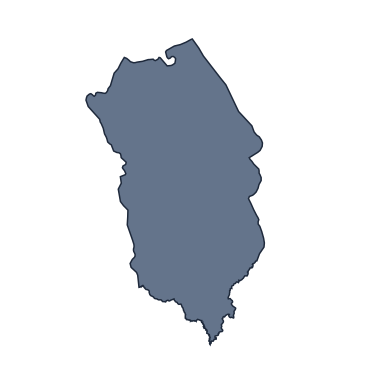 outline of Paoua, Ouham-Pendé, Central African Republic, rotated 160°
{"feature_id": "33826404B93316862366408", "entity_name": "Paoua", "entity_type": "district", "adm_level": 2, "iso_a3": "CAF", "parent_name": "Central African Republic", "parent_adm1": "Ouham-Pendé", "projection": "robinson", "projection_center": [16.583, 7.218], "detail": "fine", "context": "isolated", "style": "filled", "palette": "slate", "viewbox_px": 384, "rotation_deg": 160, "n_neighbors": 0, "source": "geoboundaries", "source_scale": "gbopen_adm2", "svg_char_len": 5802}
<svg xmlns="http://www.w3.org/2000/svg" viewBox="0 0 384 384"><g transform="rotate(160 192 192)"><path d="M126.5,204.7L116.6,206.8L113.8,207.8L110.5,210.8L109.0,214.0L109.0,217.1L109.9,220.8L111.8,223.4L113.1,227.2L113.1,233.7L120.7,251.7L123.5,281.1L126.4,289.6L134.8,315.9L136.4,324.9L139.4,335.7L140.6,335.7L146.4,334.8L152.6,334.5L158.7,335.2L167.6,333.7L168.9,332.6L169.4,327.7L169.1,326.3L168.4,325.2L166.6,325.3L164.9,326.2L163.3,325.8L162.3,324.5L161.8,322.9L163.0,320.5L164.1,318.8L166.8,318.1L168.3,318.0L172.2,319.0L175.9,328.9L176.4,329.4L177.0,329.7L178.7,328.4L181.5,328.0L182.3,328.6L183.1,330.1L186.3,330.9L187.9,331.4L193.7,331.7L199.1,332.8L201.2,333.0L202.8,333.5L205.3,335.5L206.2,337.4L207.7,339.9L209.6,341.6L214.7,337.5L219.3,333.1L224.5,330.3L232.3,319.8L235.5,317.8L236.6,316.1L238.5,314.7L239.9,314.4L241.7,315.3L243.2,316.3L246.8,318.0L248.6,317.7L249.6,316.0L251.1,315.4L251.6,315.9L252.3,317.4L253.4,319.0L254.9,319.1L257.7,318.1L258.9,316.7L260.2,314.6L260.3,307.8L253.9,292.0L254.3,289.1L253.9,287.4L253.6,282.3L254.3,276.5L253.8,273.0L253.8,271.0L254.1,267.8L252.9,265.4L251.7,264.0L251.6,257.3L249.2,254.9L247.2,253.8L246.2,252.5L246.3,250.7L246.8,248.5L243.7,242.5L244.7,240.8L245.3,240.5L247.9,240.1L249.1,238.6L248.9,237.5L248.1,235.0L247.9,232.0L248.7,231.1L254.1,230.9L255.4,224.5L260.3,219.9L262.5,207.5L261.0,202.6L258.4,196.9L260.9,190.6L264.1,183.2L264.3,167.5L264.5,162.7L265.0,160.8L265.8,159.3L266.4,158.6L266.9,157.3L267.1,155.8L266.9,155.1L266.8,152.9L267.5,151.1L268.6,150.2L271.1,149.1L274.6,146.0L275.0,142.0L271.6,135.4L271.5,132.3L274.4,120.6L274.0,120.6L273.6,120.3L272.8,120.7L272.2,120.4L272.0,120.5L272.0,120.3L270.9,120.9L270.7,120.9L270.6,120.6L270.1,120.9L270.0,120.5L269.7,120.1L269.8,119.6L269.4,118.1L269.1,117.9L269.2,117.7L269.0,117.1L268.5,116.1L267.2,115.5L266.8,114.8L266.4,114.5L266.1,113.3L266.6,112.3L266.7,110.2L266.6,109.7L266.1,108.6L265.5,108.1L264.9,107.4L264.5,107.1L263.9,106.0L263.9,105.6L263.6,104.8L262.3,103.9L261.6,103.7L261.0,102.8L260.3,102.1L258.1,101.3L257.6,100.6L257.2,99.2L256.9,99.0L255.4,98.4L254.4,97.7L253.8,98.3L253.5,98.3L253.1,98.6L252.2,98.5L251.9,98.5L251.6,98.5L251.4,98.3L251.0,97.6L250.2,97.3L248.9,97.6L245.5,97.7L245.6,96.3L245.2,95.5L245.1,94.6L243.7,93.3L243.6,92.2L243.1,91.3L242.7,90.9L240.8,90.5L240.6,90.2L240.6,87.2L240.4,86.9L240.2,86.1L240.3,84.9L240.2,84.7L240.5,83.4L240.2,82.6L240.4,81.9L240.0,81.1L240.0,80.5L240.1,79.6L239.9,79.2L240.1,78.7L240.3,78.7L240.9,77.4L241.0,76.7L241.3,76.5L241.5,76.7L241.2,75.9L241.4,75.8L241.3,75.6L241.2,75.2L241.0,74.8L240.6,74.5L240.7,74.0L240.3,74.0L239.5,73.2L239.3,73.3L238.8,73.0L238.6,72.7L238.2,72.7L237.8,72.0L237.6,72.0L237.6,71.7L237.4,71.6L237.5,71.3L237.1,71.5L237.0,71.2L236.5,70.9L236.3,70.6L235.9,70.8L235.5,70.6L235.0,70.7L234.0,70.1L233.6,70.2L233.4,69.9L233.4,69.7L232.6,69.4L232.4,69.4L232.3,69.2L232.1,69.7L231.8,69.6L231.6,69.9L230.2,70.4L229.9,70.2L229.8,69.9L228.9,69.4L228.7,69.0L228.4,68.9L227.7,68.2L227.0,67.9L227.0,67.6L226.9,67.6L227.1,67.1L227.4,67.0L227.2,66.1L227.4,66.0L227.2,65.7L226.9,65.7L227.1,65.5L226.7,64.8L226.9,64.5L226.7,64.3L226.8,63.9L226.6,63.8L226.7,63.6L226.3,63.1L226.6,62.6L226.4,62.2L226.8,62.0L226.6,61.8L226.7,61.6L226.3,61.7L226.2,61.4L226.7,60.8L227.3,61.0L227.1,59.9L227.2,59.7L226.7,59.5L226.3,59.6L226.0,58.6L226.0,58.1L226.1,57.9L225.6,58.0L225.4,57.7L225.5,57.6L225.5,57.2L225.3,56.3L225.5,56.2L225.4,55.9L225.8,55.6L225.8,55.3L226.3,54.5L226.2,54.3L226.3,54.1L225.3,53.2L225.1,52.4L224.7,52.2L225.2,51.8L225.1,51.5L224.8,51.4L225.0,50.9L224.7,50.6L225.1,49.9L224.8,49.6L224.7,49.2L224.8,48.9L225.0,48.8L225.2,48.5L225.6,48.5L225.9,48.2L225.7,47.5L225.8,47.2L226.2,47.3L226.3,46.5L226.7,46.6L227.1,46.3L227.0,45.8L226.5,45.6L226.4,45.2L226.5,45.0L226.6,44.4L227.1,44.0L227.3,43.5L227.3,42.7L227.2,42.4L227.0,42.8L225.8,43.4L225.1,44.8L224.6,45.2L224.4,45.2L223.8,44.8L223.2,44.6L222.9,44.7L221.4,46.0L220.2,45.8L219.9,45.4L219.6,45.5L219.1,46.6L219.8,47.1L220.1,47.7L219.9,48.2L219.4,48.8L218.2,48.5L216.5,48.5L216.1,48.7L215.8,49.8L215.1,49.8L214.9,50.6L214.3,51.0L212.4,50.9L211.7,50.6L211.3,50.7L210.7,51.0L210.4,51.6L210.5,52.3L210.9,53.2L211.0,54.3L209.9,55.7L210.0,56.1L209.9,56.9L209.6,57.5L209.0,57.7L208.1,58.3L207.7,58.5L207.0,59.1L206.6,60.0L206.9,61.9L206.9,62.6L206.1,62.9L205.8,63.6L205.3,64.0L204.8,64.1L204.2,63.5L203.7,63.7L203.0,64.3L202.3,64.6L201.7,64.6L201.1,64.8L200.0,64.8L199.4,64.6L198.8,64.2L199.5,63.7L199.8,63.1L199.7,62.1L199.3,61.3L198.8,60.8L197.4,60.7L196.8,60.0L196.0,59.4L195.8,59.5L195.5,60.4L195.2,62.1L193.9,63.5L193.3,65.6L192.4,66.1L191.2,67.1L190.7,67.9L190.9,68.3L192.8,71.1L193.3,72.9L193.2,73.5L193.0,73.8L191.5,74.7L191.3,75.4L191.3,76.1L192.0,77.2L192.6,78.8L193.0,79.0L194.4,79.2L194.3,80.0L194.1,80.6L192.0,82.7L191.6,83.4L191.4,84.2L190.6,85.1L190.6,86.0L190.3,86.5L189.8,86.5L189.1,88.0L188.3,88.1L187.6,87.7L187.1,89.6L186.5,90.1L185.0,90.1L184.0,91.3L183.7,91.4L182.5,91.2L181.3,92.1L180.7,92.2L179.8,91.6L179.4,91.0L178.4,91.9L178.2,93.0L177.2,92.3L176.7,92.3L174.9,92.7L174.1,93.2L173.3,93.4L171.2,95.1L170.6,94.9L170.0,94.8L169.0,94.3L167.8,95.3L166.9,96.7L166.9,97.1L167.3,97.6L167.2,97.9L166.4,98.1L165.8,99.0L164.5,99.5L163.9,100.6L163.4,100.5L162.6,100.6L161.8,101.0L161.6,101.0L161.5,100.3L160.7,100.7L160.6,101.0L160.0,101.6L159.6,102.8L160.0,103.3L159.4,103.8L158.5,103.7L156.9,104.2L156.0,105.2L154.6,105.1L149.7,110.9L143.2,115.6L141.4,119.4L140.5,124.2L140.0,131.0L140.0,136.5L140.8,139.2L140.0,141.5L138.7,143.1L138.8,145.3L139.3,147.8L140.1,154.2L140.6,161.3L141.2,166.4L139.6,168.2L136.1,168.2L134.1,168.9L131.8,170.0L128.7,172.9L126.5,176.1L123.1,179.1L122.1,181.9L122.2,184.9L122.5,186.7L121.7,189.0L121.4,190.7L124.4,197.1L125.2,200.2L126.3,202.9L126.5,204.7Z" fill="#64748b" stroke="#1e293b" stroke-width="1.5"/></g></svg>